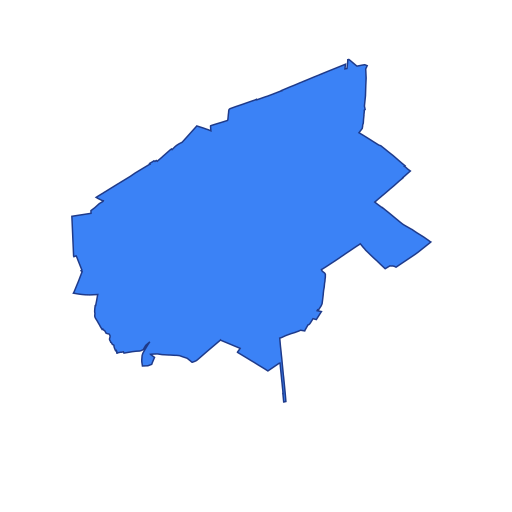 Iecava, Iecavas, Latvia (Natural Earth projection), rotated 155°
{"feature_id": "27541924B74640120803462", "entity_name": "Iecava", "entity_type": "district", "adm_level": 2, "iso_a3": "LVA", "parent_name": "Latvia", "parent_adm1": "Iecavas", "projection": "natural_earth1", "projection_center": [24.213, 56.601], "detail": "fine", "context": "isolated", "style": "filled", "palette": "blue", "viewbox_px": 512, "rotation_deg": 155, "n_neighbors": 0, "source": "geoboundaries", "source_scale": "gbopen_adm2", "svg_char_len": 5876}
<svg xmlns="http://www.w3.org/2000/svg" viewBox="0 0 512 512"><g transform="rotate(155 256 256)"><path d="M100.9,334.2L99.0,337.4L98.9,337.5L98.5,338.4L97.7,339.7L96.8,341.2L96.3,342.4L95.2,342.6L94.4,346.0L93.0,348.4L89.1,354.9L84.4,364.2L81.0,370.7L77.5,379.2L74.8,381.5L76.6,383.4L79.0,384.1L84.2,385.4L84.4,385.7L84.9,386.7L88.3,394.0L88.8,394.9L89.9,395.1L90.2,394.4L90.8,393.3L91.8,391.6L94.3,387.5L96.3,388.0L93.9,392.0L112.9,393.0L127.4,393.7L134.8,394.0L143.1,394.4L143.9,394.4L149.5,394.6L154.3,394.9L157.5,395.0L162.7,395.2L163.0,395.2L163.0,394.9L163.3,395.0L178.0,396.0L180.1,396.3L187.3,397.0L189.3,397.2L189.3,397.3L189.3,397.8L189.8,397.8L190.9,397.8L194.3,398.2L196.3,398.4L201.3,398.9L203.4,399.1L206.2,399.4L209.8,399.8L210.5,399.9L217.3,400.5L218.1,400.3L218.7,400.0L219.5,398.9L220.2,397.6L221.1,396.2L222.9,393.1L223.8,391.6L224.1,391.2L224.8,390.9L225.4,391.0L227.7,391.3L230.8,391.7L234.2,392.2L237.7,392.7L240.7,393.1L242.1,393.2L242.3,393.0L243.0,391.2L244.0,388.5L245.7,390.4L247.6,392.2L249.6,394.2L252.1,396.5L254.7,398.9L255.1,398.7L273.9,390.7L274.9,390.3L278.3,390.2L281.3,389.8L283.2,389.3L287.1,387.9L287.3,388.7L288.7,388.5L293.8,387.0L296.1,386.3L297.9,385.8L299.4,385.3L305.5,383.6L306.0,384.7L306.7,384.6L307.6,384.4L307.8,384.8L308.3,385.4L308.6,385.3L312.8,384.9L312.7,384.8L312.8,384.7L313.0,384.0L313.3,384.1L330.4,382.3L336.3,381.3L350.8,379.7L373.9,377.0L376.1,376.7L374.8,374.8L371.9,371.2L371.1,370.7L371.5,370.4L371.0,370.2L375.9,369.7L381.7,367.9L386.4,366.9L387.5,364.4L406.1,369.8L413.1,352.9L421.3,333.1L421.3,332.3L419.0,332.2L418.9,330.5L419.0,329.0L419.1,327.8L419.6,319.3L419.7,316.9L419.9,316.9L420.8,316.6L420.6,316.2L420.2,315.2L420.5,315.0L427.3,308.4L436.0,300.4L437.2,299.5L435.9,298.6L433.0,296.6L430.2,294.8L427.1,293.0L424.7,291.8L423.1,291.0L421.4,290.3L419.7,289.6L416.5,288.3L415.7,288.0L416.1,287.5L418.9,283.5L419.9,282.1L422.3,278.8L422.7,279.0L423.4,277.9L423.9,277.1L424.5,276.1L425.6,274.1L426.1,272.7L426.2,272.1L427.0,270.7L427.4,270.0L427.7,269.1L427.8,268.1L427.7,266.7L427.4,264.6L427.2,261.9L427.1,260.7L427.0,260.1L426.9,257.7L426.6,255.2L426.5,254.5L426.1,254.6L425.7,254.6L425.6,253.6L424.7,252.2L424.5,250.0L424.5,249.4L424.3,249.2L423.0,248.0L422.3,247.6L422.0,246.9L422.0,245.3L422.5,244.3L423.3,243.4L423.9,242.6L424.1,241.7L424.0,240.5L424.1,239.2L423.9,239.1L423.8,238.8L423.6,238.0L423.6,237.1L423.5,236.5L422.6,235.5L422.5,235.1L423.0,233.8L423.2,232.2L423.3,230.1L423.3,229.6L422.5,229.5L422.8,228.5L422.5,228.3L423.2,226.9L422.9,226.6L421.9,226.6L420.9,226.4L419.3,226.0L418.5,225.6L416.7,225.2L416.7,223.8L408.3,221.5L404.7,220.3L401.7,219.1L400.8,218.9L399.9,218.8L397.8,218.8L393.7,221.6L388.5,223.1L389.0,222.8L390.5,221.9L392.4,220.7L394.3,219.4L396.1,218.2L397.8,217.0L398.8,216.3L399.6,215.7L400.4,214.9L401.1,214.1L401.4,213.7L402.2,212.3L403.4,210.2L404.2,208.4L405.4,204.3L400.3,202.2L396.3,201.9L394.8,203.4L390.8,207.0L393.2,211.4L393.2,211.5L392.7,211.3L391.5,210.9L389.5,210.1L388.5,209.7L386.5,208.8L382.8,206.3L380.7,205.2L378.3,203.9L377.0,203.2L375.4,202.4L373.4,201.3L371.2,200.1L369.9,199.5L368.4,198.6L367.4,198.0L365.1,195.7L362.0,192.8L361.7,192.5L361.4,192.0L360.2,189.5L360.0,189.2L359.1,187.1L358.8,186.7L358.5,186.6L356.0,186.4L354.2,186.4L352.9,186.7L338.9,190.7L324.2,194.7L323.7,194.9L323.7,194.7L323.4,194.4L309.4,179.0L310.2,178.5L313.3,176.8L313.4,176.7L313.5,176.5L313.4,176.4L306.5,166.1L304.6,163.2L302.8,160.6L299.9,156.1L297.0,151.8L294.6,148.1L293.8,146.8L280.4,149.0L279.5,148.8L283.8,136.5L283.9,136.2L284.9,133.4L286.0,130.1L287.6,125.6L288.4,123.2L289.6,119.9L289.8,120.0L290.1,119.0L291.1,116.2L291.7,114.5L292.6,112.0L292.4,111.9L290.4,111.5L288.8,115.8L286.5,122.2L282.1,134.7L281.4,136.9L280.0,140.8L277.9,146.8L275.9,152.4L274.8,155.7L273.8,158.5L272.0,163.8L269.4,171.0L269.2,171.6L268.8,171.5L267.2,171.3L263.1,171.3L261.4,171.2L256.9,170.8L255.6,170.6L252.9,170.2L251.2,170.1L250.3,170.0L248.9,169.9L247.6,169.9L247.0,169.9L246.7,169.7L243.5,167.5L243.0,168.0L238.0,171.6L237.7,171.5L237.1,171.5L236.3,171.7L236.1,171.8L235.1,172.3L230.8,175.1L228.2,172.9L220.2,178.0L223.7,180.6L222.8,181.3L222.0,180.8L218.0,183.3L216.3,184.8L214.7,187.3L213.5,189.2L212.7,190.5L212.2,191.3L211.1,193.1L210.8,193.7L209.4,196.0L208.9,196.8L208.5,197.3L207.8,198.3L207.6,198.6L207.2,199.2L205.4,202.3L204.2,204.0L203.2,205.8L202.1,207.5L201.2,209.4L200.9,210.0L200.9,210.9L201.1,211.8L201.4,212.3L201.9,213.3L202.2,213.9L202.4,214.6L202.5,215.2L202.4,216.1L201.3,216.1L199.9,216.3L198.3,216.5L196.7,216.7L190.6,217.6L184.4,218.5L183.2,218.7L181.8,218.9L179.1,219.4L176.4,219.8L174.8,220.1L173.0,220.4L168.4,221.1L164.7,221.7L160.8,222.3L157.8,222.7L156.3,223.0L155.7,220.6L155.2,218.6L154.5,216.4L154.2,215.0L153.1,212.2L152.5,210.6L151.8,208.7L151.1,206.9L149.8,203.6L148.8,201.3L147.3,197.5L146.8,196.1L145.6,193.1L144.6,190.6L144.3,189.9L139.4,190.4L139.0,190.5L137.5,189.7L136.3,189.2L135.5,188.6L134.9,188.1L134.3,187.3L133.8,186.7L131.8,187.0L130.0,187.3L111.3,190.2L107.7,190.9L93.1,194.4L91.7,194.8L91.8,194.9L93.4,197.9L94.2,199.2L95.6,201.7L98.7,206.5L100.6,209.4L101.8,211.4L103.2,213.8L103.6,214.4L103.9,214.7L105.8,217.4L107.8,220.2L108.9,221.8L109.7,223.1L111.2,226.1L113.8,231.6L116.4,237.1L117.4,239.2L118.6,241.6L119.3,243.0L119.8,244.1L121.0,246.5L121.2,246.4L123.6,250.8L125.6,254.7L124.9,254.9L124.0,255.1L122.0,255.7L119.9,256.3L117.6,256.9L115.9,257.4L115.4,257.5L114.6,257.7L106.1,260.1L105.7,260.2L105.3,260.3L104.9,260.4L101.2,261.4L94.6,263.4L89.7,264.7L89.8,265.0L88.0,265.5L87.6,265.6L85.3,266.3L80.2,267.8L80.6,268.5L81.0,269.3L81.8,270.7L82.7,272.9L83.2,274.0L83.6,274.6L82.8,274.8L84.9,279.2L89.4,289.3L92.1,294.6L93.8,298.2L96.3,303.2L97.8,304.6L108.4,321.0L110.6,324.2L105.8,326.7L105.5,327.1L105.2,327.6L104.8,328.1L103.9,329.7L102.6,331.1L100.9,334.2Z" fill="#3b82f6" stroke="#1e3a8a" stroke-width="1.5"/></g></svg>